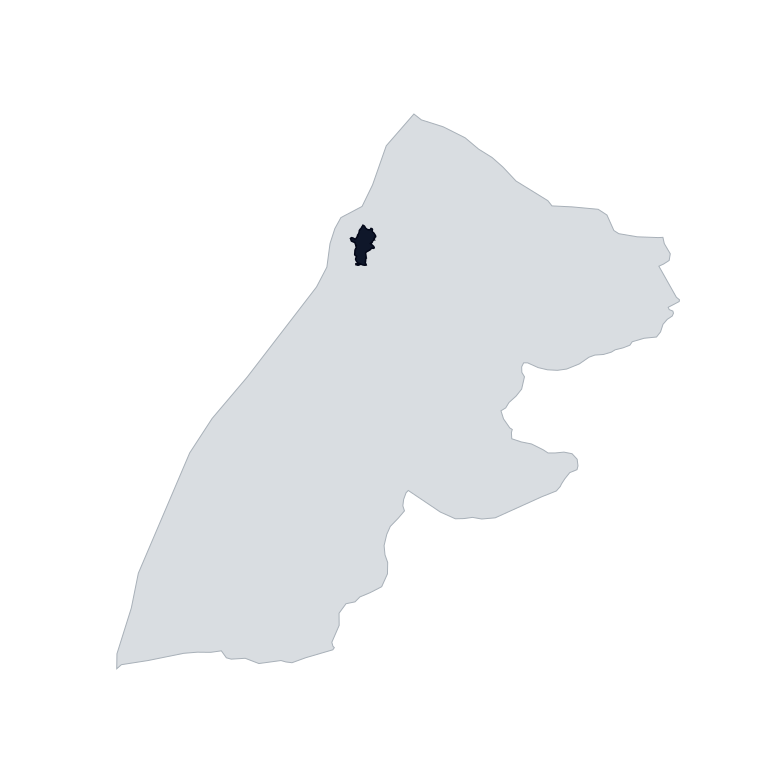 location of Careysburg, Montserrado, Liberia, rotated 82°
{"feature_id": "62588387B2159992345918", "entity_name": "Careysburg", "entity_type": "district", "adm_level": 2, "iso_a3": "LBR", "parent_name": "Liberia", "parent_adm1": "Montserrado", "projection": "robinson", "projection_center": [-10.552, 6.442], "detail": "fine", "context": "in_parent", "style": "filled", "palette": "ink", "viewbox_px": 768, "rotation_deg": 82, "n_neighbors": 0, "source": "geoboundaries", "source_scale": "gbopen_adm2", "svg_char_len": 4391}
<svg xmlns="http://www.w3.org/2000/svg" viewBox="0 0 768 768"><g transform="rotate(82 384 384)"><path d="M120.8,316.8L127.6,310.3L137.6,289.5L151.5,269.4L164.6,257.6L174.9,245.3L185.8,236.0L201.4,225.0L225.3,196.2L231.0,192.9L234.8,173.0L240.8,147.6L247.7,139.7L264.0,135.0L267.8,130.6L273.5,112.7L277.2,91.9L277.6,87.4L284.0,86.9L294.9,82.4L301.3,84.4L304.1,90.4L305.6,95.4L338.8,82.4L341.7,79.7L343.4,80.2L347.6,91.9L350.0,91.2L352.0,87.8L354.2,87.5L356.8,89.1L359.4,94.5L363.7,99.4L370.9,102.9L375.4,107.6L374.9,120.1L376.7,132.3L379.8,135.1L381.5,142.4L382.3,150.3L384.1,154.5L385.3,162.6L384.7,171.2L386.0,177.3L391.3,187.8L394.6,201.0L394.6,210.3L392.7,220.1L389.2,229.1L383.0,238.9L382.5,242.8L386.2,245.3L391.7,245.9L396.4,243.9L408.2,248.4L414.3,254.8L419.7,262.8L424.6,266.8L426.8,271.9L435.2,270.5L444.9,265.6L446.9,263.3L449.8,264.6L456.0,265.1L460.4,256.3L463.9,246.3L471.4,235.4L475.1,231.2L476.1,224.2L476.5,215.3L479.2,207.5L485.4,203.2L492.1,203.3L495.7,204.8L497.6,212.4L503.0,218.1L507.6,222.1L510.0,223.7L513.9,228.2L517.6,243.4L532.0,292.5L531.3,306.0L528.4,314.9L528.4,323.5L527.4,332.1L518.6,346.1L492.8,374.8L494.8,377.3L501.0,380.6L507.3,382.3L512.5,381.4L518.9,388.6L525.9,397.6L533.3,402.2L544.0,406.4L553.3,406.8L561.3,405.2L572.5,407.0L584.4,414.5L588.7,426.8L591.5,437.5L595.7,443.0L596.3,452.2L604.7,460.4L616.8,462.0L632.5,471.6L636.5,471.1L638.2,469.9L640.1,471.7L644.1,499.3L647.2,513.9L645.6,519.8L643.5,524.5L643.4,546.8L636.3,559.6L635.2,573.6L633.2,578.2L625.6,582.2L625.6,593.0L623.6,606.1L622.8,619.9L625.0,656.1L625.4,683.1L628.8,688.3L614.0,686.0L570.7,665.4L537.2,653.6L425.2,586.0L394.1,558.9L358.2,518.6L278.5,437.3L260.3,424.3L237.4,417.9L223.2,411.0L213.2,403.5L205.1,381.0L185.2,367.6L148.4,348.6L120.8,316.8Z" fill="#d9dde1" stroke="#a8b0b8" stroke-width="1"/><path d="M252.1,395.0L252.3,394.8L252.7,394.5L252.8,394.4L253.2,394.1L253.7,393.4L254.0,393.5L254.4,393.7L255.2,394.2L255.5,394.5L256.0,394.6L256.6,394.8L257.9,394.5L259.7,393.6L259.9,393.5L261.1,391.7L261.6,392.7L261.0,395.1L261.5,395.2L262.0,395.2L262.2,394.6L262.8,393.3L262.8,393.2L262.8,392.9L262.7,392.3L262.6,391.8L262.5,391.4L262.4,391.1L262.2,390.6L262.0,390.4L262.2,390.1L262.8,389.1L263.0,388.7L263.2,388.4L263.8,386.3L263.7,385.0L263.0,385.1L261.8,385.5L260.9,385.6L260.4,385.5L260.3,385.3L260.1,385.2L258.7,384.9L257.4,384.6L256.8,383.9L256.0,384.3L255.8,384.1L255.6,384.0L254.7,384.0L254.0,384.0L252.5,384.0L251.4,383.9L250.5,382.5L250.0,380.9L249.8,380.6L249.3,379.2L249.1,379.0L248.9,378.7L248.4,378.1L247.9,377.5L247.4,376.9L248.0,376.5L248.1,375.9L248.2,375.7L248.2,375.3L247.8,374.7L247.3,374.7L246.1,375.2L245.9,375.4L244.6,376.5L243.5,377.2L243.2,377.9L243.0,378.0L242.4,377.4L242.3,376.9L242.5,376.8L242.4,376.5L242.3,376.2L241.8,375.8L241.4,375.9L241.1,375.7L240.7,375.3L240.6,374.8L240.4,374.5L240.1,374.2L239.7,374.0L239.8,373.5L239.2,373.8L239.0,373.7L238.7,373.5L238.4,373.5L238.4,373.1L238.0,372.8L237.7,372.8L237.2,372.5L237.2,371.9L236.4,371.6L236.1,371.8L235.0,372.1L234.2,372.5L233.4,372.9L232.7,373.3L232.4,373.7L232.1,374.0L231.4,374.3L230.7,374.3L230.4,374.2L230.1,374.2L229.5,373.9L229.0,374.0L228.5,374.3L228.2,374.9L228.1,375.3L228.5,375.6L228.8,375.8L229.1,376.1L229.3,376.6L229.2,377.7L229.0,378.0L228.8,378.7L228.2,379.5L227.3,380.3L226.8,380.6L226.3,380.9L225.4,381.1L224.8,381.5L224.2,382.1L223.8,382.8L224.6,383.3L225.0,383.8L225.8,384.4L226.8,385.1L226.9,385.3L227.1,385.5L227.2,385.8L228.0,386.6L228.2,386.8L228.6,387.1L228.8,387.1L229.3,387.3L229.8,387.4L230.6,387.7L231.2,388.1L231.6,388.3L231.8,388.4L232.1,388.6L232.5,389.1L233.0,389.6L233.3,389.5L233.6,389.1L233.8,389.0L234.0,389.4L234.2,389.9L234.4,390.1L234.6,390.3L234.8,390.5L235.3,390.7L235.8,391.4L236.1,391.5L236.4,391.8L236.6,392.1L236.6,392.5L236.5,392.9L236.4,392.9L236.2,392.8L236.1,393.0L235.8,393.4L235.6,393.8L235.3,394.0L235.2,394.3L234.9,394.9L234.8,395.1L234.7,395.2L234.6,395.4L234.7,395.6L234.6,395.9L234.7,396.0L234.9,396.1L234.8,396.3L235.0,396.4L235.1,396.5L235.3,397.0L235.9,396.8L237.7,396.5L238.0,396.3L239.0,394.7L239.7,393.5L239.8,393.4L239.9,393.2L240.6,393.1L240.9,393.0L242.0,392.8L242.4,392.7L243.2,392.7L243.2,392.2L244.4,392.5L244.5,392.5L245.2,392.5L245.4,392.6L245.6,392.9L245.9,393.2L246.5,393.6L247.4,394.1L247.7,394.2L248.9,394.4L249.2,394.5L249.4,394.5L251.4,395.0L252.1,395.0Z" fill="#0f172a" stroke="#020617" stroke-width="1.5"/></g></svg>